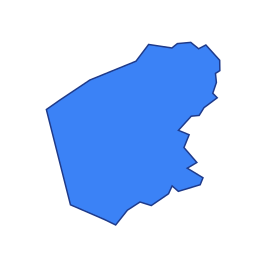 Doddridge, West Virginia, United States of America (Natural Earth projection), rotated 12°
{"feature_id": "52423323B8788265291879", "entity_name": "Doddridge", "entity_type": "district", "adm_level": 2, "iso_a3": "USA", "parent_name": "United States of America", "parent_adm1": "West Virginia", "projection": "natural_earth1", "projection_center": [-80.633, 39.271], "detail": "fine", "context": "isolated", "style": "filled", "palette": "blue", "viewbox_px": 256, "rotation_deg": 12, "n_neighbors": 0, "source": "geoboundaries", "source_scale": "gbopen_adm2", "svg_char_len": 583}
<svg xmlns="http://www.w3.org/2000/svg" viewBox="0 0 256 256"><g transform="rotate(12 128 128)"><path d="M124.3,222.5L136.1,225.4L144.5,208.5L155.1,197.9L166.9,199.0L181.3,183.9L183.2,175.5L190.4,179.5L210.4,168.5L211.7,161.1L194.3,155.0L202.5,147.4L186.8,135.5L189.2,121.9L177.8,119.8L187.4,103.3L195.0,100.9L198.1,92.3L209.0,79.9L203.7,76.4L205.0,65.1L202.2,56.4L205.9,52.8L203.6,42.7L186.9,30.6L180.6,35.8L171.6,31.2L158.7,35.2L154.3,40.6L130.8,42.0L121.9,61.0L80.7,89.0L55.1,115.3L44.3,126.9L87.7,215.1L124.3,222.5Z" fill="#3b82f6" stroke="#1e3a8a" stroke-width="1.5"/></g></svg>